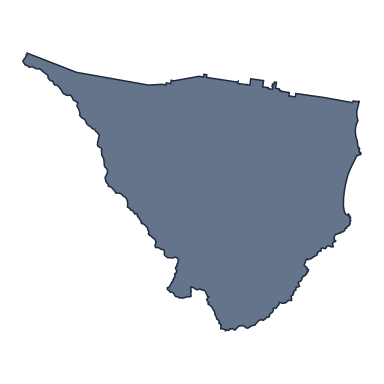 Nambucca Valley, New South Wales, Australia
{"feature_id": "25037944B440592647056", "entity_name": "Nambucca Valley", "entity_type": "district", "adm_level": 2, "iso_a3": "AUS", "parent_name": "Australia", "parent_adm1": "New South Wales", "projection": "albers", "projection_center": [152.762, -30.708], "detail": "fine", "context": "isolated", "style": "filled", "palette": "slate", "viewbox_px": 384, "rotation_deg": 0, "n_neighbors": 0, "source": "geoboundaries", "source_scale": "gbopen_adm2", "svg_char_len": 5977}
<svg xmlns="http://www.w3.org/2000/svg" viewBox="0 0 384 384"><path d="M23.0,60.9L23.1,62.0L25.2,64.8L25.9,65.3L27.5,65.6L28.9,67.1L29.8,67.3L31.8,66.7L33.0,67.0L34.6,68.1L36.6,68.9L39.3,68.8L41.2,69.9L42.7,71.4L47.8,75.3L48.1,75.9L47.9,77.4L48.5,78.6L50.5,80.8L52.6,81.0L53.0,81.3L53.4,83.2L54.5,84.8L55.3,85.2L57.1,85.2L57.7,85.5L61.0,89.6L63.1,93.4L66.5,95.3L70.7,95.3L72.9,98.6L73.0,99.6L73.3,100.0L76.3,101.8L77.8,102.3L76.9,105.9L78.9,109.6L79.5,111.4L79.9,113.4L79.7,115.1L79.9,115.7L82.0,118.0L83.5,118.7L85.1,119.9L85.5,120.6L86.1,122.6L87.3,124.5L89.3,126.0L90.3,126.4L92.5,128.8L94.9,129.4L95.6,131.2L97.1,132.3L99.0,134.8L99.3,136.0L98.4,137.9L98.5,139.7L97.7,142.0L97.4,144.8L98.1,146.5L100.8,147.8L101.8,149.0L101.3,150.6L101.7,152.1L101.5,153.5L101.9,154.4L101.9,155.6L102.9,157.0L103.8,159.2L104.4,165.9L104.9,166.9L106.5,168.4L107.5,170.3L107.4,172.5L106.4,175.1L105.5,176.4L105.1,177.7L105.9,181.6L106.5,182.6L108.0,184.1L108.4,186.2L109.0,186.6L110.3,186.7L111.5,187.4L115.0,191.4L115.9,193.2L118.4,193.0L121.3,193.8L123.0,195.7L125.4,197.4L126.4,198.5L127.1,200.1L127.6,202.1L127.7,204.0L127.5,206.3L127.6,207.3L129.9,208.4L130.6,210.1L131.5,210.2L132.6,210.8L133.3,211.5L134.9,214.1L136.3,213.6L136.9,213.8L137.2,214.4L137.2,215.5L137.9,216.9L139.0,217.8L139.3,218.7L140.8,220.9L141.5,223.6L142.9,223.7L143.6,224.0L145.8,225.9L147.6,228.1L147.6,229.1L148.2,230.8L148.8,231.3L148.4,234.2L149.7,235.5L150.5,235.6L151.2,236.2L152.4,237.6L154.7,239.0L154.7,239.4L155.4,240.2L155.7,241.3L156.1,241.5L155.0,245.6L155.3,246.1L155.3,246.9L155.6,247.6L158.4,247.6L161.0,249.3L163.8,249.7L164.5,252.1L164.2,254.4L164.9,255.4L166.8,257.2L167.7,257.7L173.2,258.0L174.1,257.4L175.1,257.2L175.6,257.2L177.5,258.2L178.4,260.6L177.6,263.5L177.1,264.0L177.2,264.9L176.7,265.3L176.6,266.9L176.0,267.0L175.4,267.6L175.8,269.2L176.7,270.6L176.6,272.0L176.3,272.2L175.8,273.3L174.7,273.8L175.0,276.8L174.2,277.6L172.9,280.0L173.1,280.9L171.6,282.2L171.3,283.3L169.4,286.7L168.1,287.5L167.4,287.6L167.3,289.0L167.6,289.6L169.5,291.1L170.3,292.2L171.6,292.0L172.5,292.4L174.0,293.8L174.5,295.0L175.7,296.6L177.7,296.8L179.4,298.0L181.0,297.7L182.5,298.3L183.3,297.8L184.4,297.8L185.8,297.1L190.3,296.7L191.0,296.4L191.1,295.2L190.4,293.9L191.2,292.4L191.0,291.2L191.0,289.5L190.7,287.7L191.0,286.8L193.8,287.9L196.3,289.6L197.9,289.7L199.1,289.2L200.4,289.0L201.5,290.0L203.1,290.1L204.5,290.6L205.3,291.3L205.9,292.9L206.5,293.6L206.6,294.3L207.4,295.8L207.4,296.4L208.8,296.9L206.6,299.4L207.8,301.6L208.8,302.5L208.0,303.3L208.0,303.9L208.5,304.5L210.0,305.2L211.7,306.8L213.9,310.8L214.5,311.4L214.7,313.0L215.0,313.2L214.9,314.5L215.6,315.9L216.2,316.6L216.7,319.0L218.2,320.0L219.2,321.7L219.3,322.6L218.9,323.2L219.3,323.6L220.3,323.7L220.6,324.0L220.9,325.9L221.3,326.3L220.7,327.5L220.8,328.8L221.4,328.6L224.0,329.3L225.2,330.0L225.4,330.8L227.6,329.9L228.4,330.3L229.1,330.1L229.4,329.8L229.5,329.1L230.6,329.1L232.2,328.5L234.3,329.9L235.0,330.1L237.9,326.9L239.4,326.1L241.7,325.7L244.0,326.0L244.6,326.4L245.9,327.8L247.9,328.2L251.7,325.7L255.0,325.1L255.9,323.6L256.8,322.9L258.1,321.2L259.0,320.5L261.2,319.7L263.4,320.4L264.6,319.3L265.6,318.8L266.4,317.3L268.3,317.3L269.3,316.8L269.5,316.3L269.6,314.6L270.0,313.9L272.2,312.5L273.3,310.5L273.2,308.6L273.9,308.0L275.5,308.4L276.4,307.9L277.4,306.1L279.0,304.4L279.3,302.4L283.0,303.4L285.8,302.8L287.4,301.2L289.5,300.2L291.4,300.6L291.6,300.0L291.5,298.0L291.1,296.4L291.6,295.7L292.8,295.2L293.3,294.1L293.2,293.6L293.8,293.0L293.4,292.2L293.6,291.5L294.4,291.1L294.9,290.4L295.6,290.3L296.0,289.9L295.8,289.2L296.0,287.7L296.3,287.4L297.2,287.0L298.3,286.9L299.4,286.3L298.9,284.3L298.5,284.1L298.5,281.9L300.0,281.5L301.0,280.7L301.6,280.1L302.0,277.7L302.6,277.6L303.0,276.2L304.5,276.0L305.8,275.0L305.9,274.2L306.4,274.0L307.2,272.9L306.9,272.0L307.9,271.7L308.1,271.4L308.5,269.6L307.0,269.4L307.2,268.0L304.4,265.4L304.3,264.1L305.5,261.9L305.5,261.1L306.4,259.2L306.8,259.0L307.6,259.6L308.2,259.7L309.2,259.1L311.0,258.7L311.8,258.3L312.8,257.0L313.9,256.8L316.8,255.0L317.3,254.5L317.4,253.1L317.8,252.3L319.3,251.1L320.9,251.1L321.2,248.6L321.8,248.1L323.0,248.0L325.1,248.7L326.2,247.8L326.8,246.3L328.0,246.0L329.1,246.1L331.8,247.0L333.1,246.8L333.3,246.1L332.5,244.7L332.6,243.4L333.5,242.0L335.3,241.6L335.8,241.1L335.6,240.6L334.5,240.0L334.1,238.7L334.4,237.6L334.2,236.6L335.5,234.4L336.4,234.4L339.6,233.1L340.4,233.2L341.3,232.0L342.5,232.0L343.3,231.6L344.8,230.4L345.0,228.6L346.5,228.2L347.4,226.5L349.1,225.6L350.2,223.7L350.2,223.0L349.8,222.5L349.7,221.9L350.6,220.9L350.7,220.0L350.1,219.5L350.0,219.1L350.6,217.4L349.7,216.9L350.0,216.6L349.9,216.3L349.6,216.5L349.0,216.2L348.8,215.5L349.0,215.3L348.8,214.9L349.0,214.7L348.5,214.0L347.3,215.0L345.7,214.2L344.8,212.7L344.1,210.5L343.4,205.6L343.6,197.8L344.3,191.5L345.3,185.4L347.5,176.3L348.6,173.1L350.5,168.5L356.2,157.0L356.4,156.1L359.6,154.7L359.8,154.5L360.3,154.7L360.8,153.9L360.7,153.7L361.0,153.6L360.6,152.7L360.2,153.1L359.8,152.9L359.6,152.0L359.3,151.9L359.1,151.2L359.3,150.9L359.1,149.8L359.5,149.2L359.0,149.1L359.1,147.8L358.7,147.9L358.3,147.4L357.7,145.1L357.2,140.5L356.3,138.3L355.4,133.3L355.4,128.4L356.0,125.6L356.4,124.8L356.2,124.0L356.5,123.8L357.9,120.8L356.8,115.4L356.8,111.3L359.2,101.4L358.3,101.2L358.1,101.7L353.3,100.9L353.2,101.6L352.2,102.6L324.7,97.6L295.8,93.5L295.4,96.9L288.8,95.9L289.3,92.6L281.5,91.3L281.4,91.5L281.0,90.7L279.8,90.7L279.4,90.4L279.3,89.7L279.6,89.6L279.2,88.9L275.5,88.3L276.5,82.4L274.3,82.1L273.9,84.3L272.5,84.1L272.1,86.4L272.8,86.5L272.3,89.4L268.2,88.6L268.3,87.7L262.7,86.9L263.6,80.6L250.7,78.8L249.9,85.1L247.3,84.8L247.2,84.5L246.8,84.7L237.7,83.5L238.1,81.4L237.2,82.1L206.4,77.4L206.8,74.8L203.9,74.3L203.5,77.0L199.0,76.3L174.1,80.8L171.2,80.3L170.7,83.6L166.2,82.9L165.9,85.0L161.9,84.3L148.5,85.1L76.4,72.3L27.4,53.2L27.5,53.5L26.1,54.8L26.6,55.6L25.4,57.2L25.4,57.7L23.7,59.7L23.0,60.9Z" fill="#64748b" stroke="#1e293b" stroke-width="1.5"/></svg>